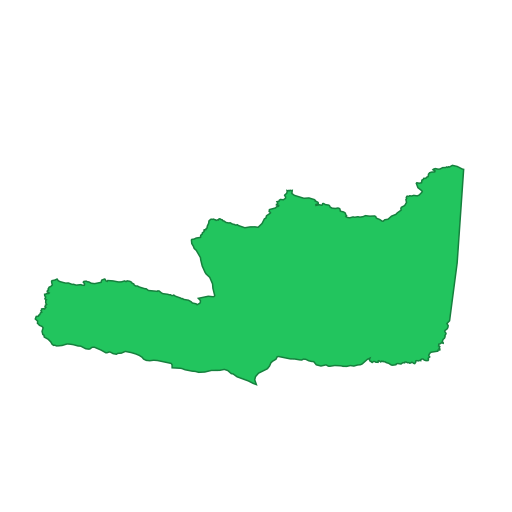 outline of Íquira, Huila, Colombia, rotated 102°
{"feature_id": "7082276B93831290188836", "entity_name": "Íquira", "entity_type": "district", "adm_level": 2, "iso_a3": "COL", "parent_name": "Colombia", "parent_adm1": "Huila", "projection": "equal_earth", "projection_center": [-75.689, 2.666], "detail": "fine", "context": "isolated", "style": "filled", "palette": "green", "viewbox_px": 512, "rotation_deg": 102, "n_neighbors": 0, "source": "geoboundaries", "source_scale": "gbopen_adm2", "svg_char_len": 6090}
<svg xmlns="http://www.w3.org/2000/svg" viewBox="0 0 512 512"><g transform="rotate(102 256 256)"><path d="M381.7,228.9L377.4,231.5L374.1,231.4L370.1,229.2L363.9,221.4L360.8,219.9L357.3,219.2L355.4,217.8L352.8,215.0L350.1,214.3L349.6,213.1L349.5,201.1L348.7,196.7L348.5,191.6L348.2,189.6L347.0,188.2L346.7,185.8L347.5,182.7L347.6,179.8L347.3,177.6L349.9,174.4L350.1,169.6L347.9,164.8L348.7,162.4L348.5,160.9L346.7,156.2L345.7,149.9L345.8,148.0L345.1,144.3L343.5,140.9L343.3,137.4L341.5,134.0L340.6,131.2L339.5,129.7L333.9,125.6L332.2,123.3L333.8,123.6L335.3,122.3L335.2,121.3L335.7,121.0L336.0,120.2L334.7,119.1L334.5,117.8L335.0,116.7L334.6,114.5L333.2,114.6L332.8,114.0L333.7,112.0L332.7,111.2L333.0,110.6L332.5,109.8L332.9,108.9L332.6,107.7L333.2,106.5L333.4,103.8L334.5,101.0L334.4,99.7L333.5,97.1L333.1,96.4L332.3,96.3L331.7,95.0L331.5,91.7L329.8,90.2L329.6,88.4L328.7,88.2L328.5,87.2L328.9,85.5L328.5,84.3L328.9,83.4L328.4,82.3L327.7,81.9L327.5,80.9L328.2,79.5L328.3,78.4L326.8,77.7L325.5,77.9L324.9,77.0L324.8,75.2L324.2,74.4L324.1,73.1L323.1,73.3L322.2,72.1L322.1,71.0L322.8,69.9L323.0,67.9L322.5,66.0L321.8,65.7L320.2,66.3L318.6,65.1L317.5,66.3L316.8,66.4L314.7,65.6L313.7,64.7L311.3,58.4L310.2,58.4L309.7,56.7L308.7,56.8L308.4,57.7L306.4,57.4L306.0,58.7L305.5,58.5L304.5,58.9L304.1,58.8L303.7,57.8L302.3,56.4L302.4,54.8L301.7,55.0L301.1,56.0L298.8,55.7L297.0,54.5L295.5,54.3L294.8,54.7L292.6,54.0L292.1,54.1L290.7,55.6L289.6,55.7L287.7,54.0L286.3,53.5L284.2,53.5L282.4,55.2L279.1,53.2L221.0,57.8L128.1,70.9L128.1,72.1L126.6,77.8L126.5,82.7L128.9,85.5L128.7,86.3L129.5,87.1L129.2,87.9L130.1,89.0L130.7,91.7L132.7,94.2L133.2,95.8L133.2,98.8L134.2,100.5L134.8,100.9L135.6,98.5L136.6,98.7L137.5,101.9L138.5,103.5L140.1,104.3L142.5,104.1L143.4,105.4L144.7,106.1L145.2,108.1L146.3,108.3L147.3,109.5L149.9,109.3L150.9,111.5L150.9,113.9L151.6,114.3L155.5,111.8L157.7,107.4L158.4,106.8L159.5,107.2L162.5,109.1L163.7,110.8L163.9,114.3L165.0,116.3L165.1,118.2L166.0,119.1L166.0,120.6L166.4,120.9L167.6,121.2L168.4,120.6L169.6,121.1L172.4,119.9L175.8,121.1L178.1,123.9L179.2,124.2L181.0,123.6L184.5,126.8L186.2,127.8L188.8,131.7L192.6,134.5L193.8,137.6L195.5,138.8L195.7,139.9L194.6,142.5L194.1,145.4L193.7,146.4L192.5,147.1L192.2,148.4L193.4,153.0L193.8,157.4L195.2,159.3L196.4,162.4L196.4,164.5L197.6,167.5L197.6,169.2L199.2,172.3L199.3,174.5L198.8,176.3L197.7,175.8L196.9,176.9L195.5,177.5L194.7,179.4L194.6,182.8L192.6,183.7L192.2,184.2L192.0,185.8L193.0,188.2L193.4,191.6L192.6,193.8L191.6,194.5L191.1,195.4L191.3,198.9L190.6,200.8L190.9,201.7L192.2,201.8L192.7,202.4L192.7,204.7L194.1,207.9L193.2,208.2L192.1,205.9L190.9,206.3L190.5,206.8L189.9,209.5L189.4,209.4L188.7,210.6L188.2,216.3L189.6,221.1L188.7,231.1L187.4,233.9L184.3,234.2L184.7,235.0L184.6,236.2L185.2,236.6L185.0,237.5L185.6,238.1L185.5,239.3L186.4,238.9L188.3,239.0L190.4,240.6L190.9,240.6L191.9,239.4L193.2,239.1L193.7,239.4L195.3,240.9L195.6,243.8L196.6,244.8L197.7,244.9L198.5,246.8L199.9,245.6L200.6,245.7L201.2,246.7L201.9,246.6L201.8,244.3L202.7,244.3L203.6,246.1L204.9,246.9L207.8,252.5L209.8,252.4L210.4,250.9L211.0,250.8L214.5,254.1L216.8,254.2L217.9,255.5L222.9,256.8L227.5,259.9L227.7,263.1L228.8,267.9L230.7,272.8L229.9,279.3L229.3,280.8L230.1,282.2L229.6,283.8L229.7,285.6L228.9,288.0L229.4,289.8L229.4,292.5L228.5,294.2L228.4,295.7L227.6,296.6L227.6,297.8L227.1,299.0L227.3,299.8L228.7,300.4L228.7,301.4L229.4,302.1L229.5,302.6L229.0,303.3L229.1,303.9L228.7,305.1L229.1,305.7L229.2,307.0L229.6,308.0L231.5,309.3L233.8,309.1L237.0,309.9L238.6,309.6L239.5,310.5L240.6,310.5L241.0,311.8L241.5,312.3L241.9,311.8L242.9,311.9L244.6,313.3L245.9,313.2L247.2,314.4L249.3,314.1L250.9,318.3L252.3,320.0L253.1,322.2L253.8,322.5L257.2,321.4L259.6,319.2L261.5,318.0L262.9,315.6L269.1,310.0L271.2,309.3L277.0,306.5L282.6,302.4L284.0,301.0L286.5,296.8L292.3,292.7L296.6,291.4L303.4,288.1L304.3,288.5L304.8,289.6L305.3,294.3L309.4,303.6L311.1,301.1L312.8,300.8L314.0,301.2L315.9,303.5L315.2,304.7L315.2,308.5L314.2,310.0L313.3,312.9L313.5,318.0L312.9,318.8L313.2,320.1L312.8,321.0L312.1,326.5L311.3,328.3L311.9,328.8L312.2,330.3L311.7,331.6L312.0,332.8L311.8,334.2L312.2,339.2L311.8,340.8L310.4,343.4L310.5,344.8L311.1,345.2L312.1,354.1L310.9,356.6L311.1,358.2L310.6,363.7L310.0,365.7L310.4,367.6L309.4,369.5L308.7,369.8L308.4,371.6L307.7,372.1L307.3,372.9L307.0,374.2L307.1,376.9L308.1,377.8L307.7,379.3L309.3,382.3L310.0,385.1L310.1,390.7L310.8,395.9L311.8,396.3L311.5,397.6L310.0,399.0L310.0,399.4L311.7,401.9L314.0,402.1L316.6,408.1L316.9,411.6L316.1,414.1L316.3,415.4L315.9,416.8L316.6,419.0L317.5,419.5L318.9,417.8L320.4,417.9L320.7,420.3L320.4,421.3L321.9,425.8L321.6,428.6L322.0,430.0L321.4,433.9L322.1,436.5L322.0,439.2L321.8,442.3L321.3,444.3L319.9,445.8L321.4,447.8L322.5,450.4L323.2,450.7L324.2,450.4L326.7,449.2L328.6,450.5L329.4,451.8L331.6,452.5L332.4,451.9L333.8,453.0L334.5,452.5L335.2,450.6L335.8,451.0L335.7,451.6L336.1,451.9L336.3,453.2L336.9,453.4L337.4,454.8L338.8,454.4L339.8,453.2L341.8,453.6L342.4,451.9L343.2,452.4L345.5,452.0L347.0,450.7L347.9,451.8L348.8,451.6L349.6,451.9L349.9,450.9L351.9,451.8L351.7,453.0L352.4,454.7L353.5,454.5L354.2,455.0L355.5,453.9L356.5,455.0L358.5,455.4L359.0,456.2L360.2,456.4L360.8,458.4L363.5,458.8L365.0,456.1L367.4,455.7L367.8,454.6L368.8,453.5L369.4,450.6L370.5,449.3L374.2,449.6L377.1,448.2L377.6,446.9L379.3,446.3L380.6,442.1L382.7,438.9L384.7,437.1L385.5,435.4L385.1,434.3L385.4,432.4L385.0,430.7L383.8,427.0L381.3,422.5L380.9,419.7L380.7,416.2L381.0,411.4L380.6,408.7L382.1,403.3L381.9,400.5L381.5,399.2L379.4,397.4L378.8,395.2L380.2,388.1L381.9,382.7L381.5,381.4L380.4,379.7L380.3,378.4L381.2,375.5L381.1,372.1L380.0,371.0L379.0,367.5L376.5,364.0L376.4,358.0L376.8,353.2L377.5,349.5L378.7,346.4L380.2,344.5L380.9,341.6L380.5,338.1L379.2,334.4L378.7,330.5L378.7,316.7L379.8,315.5L382.8,314.8L381.5,306.5L381.5,304.9L382.0,301.8L381.9,294.4L381.5,291.4L381.7,287.9L380.1,281.9L377.2,275.9L375.4,267.8L373.5,263.4L373.9,259.8L376.2,255.7L376.1,253.9L378.1,249.4L379.8,237.5L381.2,232.3L381.7,228.9Z" fill="#22c55e" stroke="#15803d" stroke-width="1.5"/></g></svg>